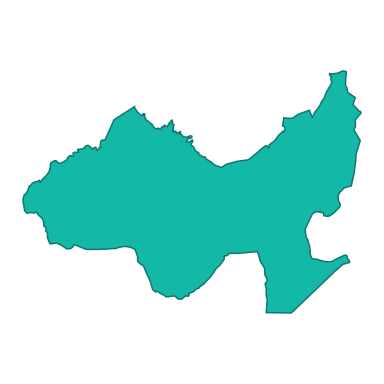 Tudun Wada, Kano, Nigeria (Natural Earth projection)
{"feature_id": "59680162B84327981884458", "entity_name": "Tudun Wada", "entity_type": "district", "adm_level": 2, "iso_a3": "NGA", "parent_name": "Nigeria", "parent_adm1": "Kano", "projection": "natural_earth1", "projection_center": [8.54, 11.305], "detail": "fine", "context": "isolated", "style": "filled", "palette": "teal", "viewbox_px": 384, "rotation_deg": 0, "n_neighbors": 0, "source": "geoboundaries", "source_scale": "gbopen_adm2", "svg_char_len": 5887}
<svg xmlns="http://www.w3.org/2000/svg" viewBox="0 0 384 384"><path d="M266.2,312.6L291.3,313.0L334.6,271.6L342.8,264.4L349.6,262.4L349.5,261.4L349.0,260.1L347.5,258.7L347.2,256.2L346.3,255.3L344.9,255.1L343.2,255.8L335.7,259.3L332.7,261.2L329.7,261.9L324.9,261.5L320.1,260.4L317.4,259.3L314.3,259.0L311.8,258.6L310.7,255.6L310.1,253.1L310.2,250.8L309.9,248.5L309.6,245.7L308.6,243.4L308.4,241.8L307.5,239.1L306.0,236.9L305.1,229.2L312.2,214.2L314.4,212.4L316.1,211.8L317.4,211.8L317.5,211.6L318.0,211.6L318.3,211.7L318.5,211.8L318.9,211.9L319.1,212.0L319.4,212.0L321.4,212.5L323.3,212.6L323.4,213.7L323.9,215.8L325.0,215.8L326.7,216.3L327.7,216.4L328.5,216.1L329.7,215.9L330.6,215.2L332.1,214.3L333.3,213.3L334.4,212.3L335.4,211.4L336.4,210.2L337.7,209.2L338.7,208.0L339.9,206.7L340.2,204.8L339.3,202.3L338.6,200.6L338.2,199.4L338.2,196.8L337.9,195.7L338.6,194.6L339.5,192.7L344.1,187.9L351.3,185.9L354.0,173.5L355.5,162.3L355.9,158.3L356.0,154.5L356.5,152.4L358.0,148.0L360.2,140.6L353.9,129.8L355.5,126.5L355.3,119.9L358.8,115.5L360.5,113.9L361.0,112.4L360.3,111.4L358.7,110.8L354.9,106.5L353.2,105.6L353.6,102.5L355.3,97.6L347.8,92.4L347.0,88.0L345.4,84.7L346.2,72.4L346.4,71.9L346.4,71.7L345.2,71.4L344.9,71.2L343.8,71.0L343.3,71.0L342.5,71.1L342.3,71.1L342.2,71.1L341.8,71.3L341.7,71.3L341.2,71.6L338.5,72.9L332.6,74.0L329.7,73.5L329.4,74.4L329.6,75.0L330.6,75.8L331.3,76.3L330.9,76.9L330.9,78.0L330.9,79.6L331.4,81.1L332.2,82.2L331.6,83.1L330.5,85.0L329.7,86.7L328.8,87.9L327.0,91.1L325.3,94.8L324.1,98.3L321.7,101.3L320.5,104.2L319.7,105.7L317.6,108.8L315.3,111.6L312.2,117.3L309.3,110.2L298.1,114.4L292.6,118.2L288.7,118.4L283.8,117.8L283.8,118.4L282.6,125.9L285.0,127.1L285.0,128.2L285.1,129.0L284.6,130.3L284.0,131.4L283.9,131.7L283.0,131.2L278.6,135.4L275.5,139.8L272.8,142.2L269.3,144.7L269.3,145.5L269.0,146.1L269.0,147.6L268.7,147.4L268.2,147.1L267.9,146.8L267.8,146.7L267.6,146.4L267.3,146.1L267.2,146.0L266.2,145.9L265.7,145.7L262.3,148.2L250.6,158.2L248.2,159.8L237.3,161.3L226.7,164.1L221.5,167.5L215.2,165.3L210.3,161.5L205.8,158.8L205.2,156.8L203.0,157.0L201.2,155.8L198.5,153.9L198.7,152.7L195.7,151.1L194.7,149.3L194.0,147.7L193.2,146.3L191.1,145.5L190.9,144.6L191.5,143.7L192.0,142.5L191.9,141.4L192.7,141.5L192.4,140.0L190.7,140.9L188.9,142.4L187.3,142.2L186.4,141.7L188.2,139.0L189.0,138.3L189.8,138.5L191.0,138.1L192.0,136.9L191.8,136.1L191.0,135.9L189.7,135.8L188.7,137.1L187.7,136.5L186.7,137.2L183.2,136.7L181.9,135.0L180.8,134.3L180.4,133.7L180.7,131.9L179.9,131.7L179.5,133.1L179.1,133.8L178.3,133.4L178.0,132.6L177.4,133.1L176.6,133.0L176.2,132.1L175.8,131.5L175.1,131.2L174.7,132.1L173.9,131.9L173.7,131.2L172.3,130.9L173.1,130.3L173.4,129.0L173.2,127.7L173.5,126.7L173.4,126.0L173.9,125.2L173.9,124.6L172.8,124.3L172.5,123.1L172.6,121.6L172.2,120.3L171.2,120.3L170.8,121.6L169.8,122.7L168.9,123.2L169.4,124.2L167.9,125.2L167.3,126.7L166.3,126.5L165.6,126.2L165.2,125.5L164.8,125.3L164.3,125.2L164.1,126.3L163.5,126.2L163.1,127.1L162.2,126.9L161.4,127.3L161.5,128.0L160.9,129.3L160.4,129.3L159.1,128.6L158.4,128.1L157.3,128.6L155.7,128.7L154.4,127.8L153.4,126.4L152.5,125.6L152.2,124.5L151.1,123.5L150.0,123.0L148.9,121.9L148.2,121.2L147.2,120.6L145.9,119.6L145.2,117.6L144.0,115.8L144.8,115.1L144.9,114.4L144.0,114.5L143.9,113.6L143.3,113.7L143.0,114.7L142.2,115.0L141.6,115.5L140.6,115.1L139.5,114.2L138.3,112.8L136.8,111.2L136.2,110.0L135.3,108.8L134.7,108.3L134.6,107.3L134.6,106.6L118.4,116.9L113.9,120.0L105.0,140.1L102.8,139.9L101.2,140.8L100.6,142.1L100.3,145.9L100.7,147.1L99.6,147.5L98.7,148.6L97.2,150.7L96.4,149.9L96.1,147.6L94.6,147.3L92.6,149.2L91.8,148.4L90.8,147.3L89.7,146.5L89.0,145.9L88.0,145.4L86.7,145.5L85.6,146.1L84.8,147.0L84.0,148.1L82.8,148.8L80.7,149.1L78.5,149.3L77.7,149.5L77.6,150.5L78.4,151.3L78.7,152.1L78.2,152.2L77.5,152.3L76.7,152.4L75.3,152.1L74.3,152.5L73.8,153.2L73.0,153.2L73.1,153.7L73.5,154.8L73.2,156.3L72.1,156.3L71.4,155.6L70.2,155.6L69.1,156.2L67.7,157.5L67.1,159.1L65.9,160.5L64.4,161.3L62.6,162.3L60.1,163.4L58.5,163.0L57.3,161.9L56.0,160.8L54.7,160.7L53.7,161.2L52.2,161.9L51.2,162.5L50.6,163.6L50.2,167.8L49.1,171.7L46.2,175.7L43.0,178.7L41.2,180.9L40.9,182.2L40.1,182.0L39.3,180.4L37.7,181.4L35.6,181.8L33.5,182.6L31.9,183.7L30.7,185.3L29.1,186.3L28.5,188.4L27.7,190.6L26.4,192.9L25.4,194.3L24.1,195.0L23.6,197.1L23.0,199.0L23.2,202.0L24.1,207.2L24.6,210.7L26.8,213.2L28.2,213.0L30.2,212.4L32.3,212.8L34.5,213.1L35.2,212.0L36.8,212.1L37.6,214.2L40.0,216.4L42.7,219.1L43.5,221.7L43.7,223.6L43.8,225.9L44.8,226.7L46.2,228.0L45.7,230.7L46.0,231.5L47.5,232.7L47.4,235.7L47.6,237.9L48.8,241.3L50.1,243.9L56.5,243.0L60.7,244.9L63.6,246.7L65.7,248.1L67.1,249.0L70.6,248.5L72.6,247.3L73.4,245.7L74.0,244.6L80.0,246.8L84.8,248.9L86.2,249.2L88.5,249.5L92.6,249.3L94.8,249.4L97.9,249.4L107.4,249.0L110.1,248.7L115.8,248.5L119.5,247.2L121.1,247.0L123.4,246.5L124.5,246.5L127.1,246.6L131.5,247.6L135.1,249.5L137.6,256.6L137.6,261.5L141.1,264.5L143.4,265.9L143.7,266.5L143.9,266.8L145.6,271.1L146.0,272.1L149.9,280.4L152.6,289.4L154.4,291.0L155.8,292.1L157.8,291.2L159.8,293.2L162.7,294.4L166.1,296.8L168.6,296.8L171.4,296.2L175.0,296.1L177.8,298.8L180.3,299.3L182.1,299.0L183.3,297.7L185.7,295.8L188.2,296.3L189.1,295.2L188.7,293.4L193.9,291.5L194.9,289.9L197.1,288.8L198.9,288.1L199.8,286.6L201.1,286.1L202.1,284.6L203.3,284.6L205.4,282.2L210.7,276.6L214.5,271.2L215.7,269.1L216.8,268.3L217.3,267.3L219.5,265.8L221.7,262.6L223.5,260.4L224.2,259.2L224.4,257.7L223.9,257.3L223.7,256.9L223.9,256.7L224.6,256.1L225.5,255.7L226.4,255.8L227.9,254.9L228.6,254.4L228.9,253.3L230.0,253.4L233.7,253.3L237.6,253.4L257.4,251.6L258.5,254.6L259.4,257.8L259.7,259.8L261.0,262.6L263.1,265.7L264.8,268.8L264.8,272.6L264.9,274.9L266.4,277.7L267.4,280.4L266.5,282.0L265.4,283.1L265.2,284.8L266.4,288.4L266.1,292.8L266.4,296.4L267.4,300.6L266.7,303.2L266.7,307.8L266.2,312.6Z" fill="#14b8a6" stroke="#0f766e" stroke-width="1.5"/></svg>